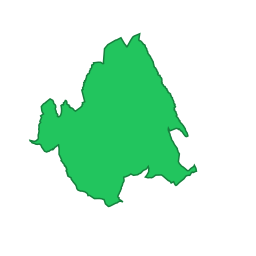 the district of General Felipe Ángeles, Puebla, Mexico, rotated 130°
{"feature_id": "50627088B91535396916577", "entity_name": "General Felipe Ángeles", "entity_type": "district", "adm_level": 2, "iso_a3": "MEX", "parent_name": "Mexico", "parent_adm1": "Puebla", "projection": "albers", "projection_center": [-97.667, 19.028], "detail": "fine", "context": "isolated", "style": "filled", "palette": "green", "viewbox_px": 256, "rotation_deg": 130, "n_neighbors": 0, "source": "geoboundaries", "source_scale": "gbopen_adm2", "svg_char_len": 5828}
<svg xmlns="http://www.w3.org/2000/svg" viewBox="0 0 256 256"><g transform="rotate(130 128 128)"><path d="M117.1,47.8L115.2,50.1L113.9,53.2L114.5,53.0L115.6,53.0L118.8,53.9L121.4,54.0L122.3,54.7L122.5,55.3L122.4,58.6L122.5,61.2L122.8,62.6L122.5,63.9L122.3,65.6L121.4,67.8L114.8,72.0L114.1,74.3L113.3,75.3L112.9,76.3L112.3,76.7L111.9,77.5L111.0,81.2L110.4,82.9L109.7,84.2L108.9,87.2L108.1,88.1L106.6,90.9L106.1,91.4L105.2,92.8L105.0,93.6L104.2,95.0L103.6,95.9L102.9,96.5L102.2,96.9L103.3,94.1L97.7,91.1L96.9,90.4L96.5,89.0L96.6,88.6L95.9,88.6L95.7,88.3L96.2,86.3L96.2,85.1L95.9,84.8L96.9,81.2L97.4,78.7L97.2,78.0L96.8,77.5L95.6,77.0L94.7,78.2L93.7,79.8L93.7,80.1L92.9,82.3L91.8,83.7L91.5,84.9L91.2,85.2L91.1,86.2L90.7,86.9L90.5,88.3L90.3,88.9L90.1,91.3L89.6,92.6L89.2,92.9L89.5,93.3L89.2,93.5L88.1,96.6L88.0,98.5L87.7,98.8L87.4,98.7L86.6,98.8L85.4,101.2L84.9,101.5L85.0,102.2L84.8,102.4L84.6,104.0L84.2,104.5L83.6,104.4L83.3,105.1L82.8,105.6L81.8,105.3L81.2,105.3L81.0,105.5L80.9,106.5L79.9,107.1L80.3,107.4L79.8,107.9L79.1,109.4L78.3,110.0L77.1,112.7L76.3,113.4L76.3,114.9L75.7,115.5L75.5,116.5L74.7,117.1L74.6,117.6L74.6,118.8L74.9,119.6L74.9,120.0L74.8,120.4L74.2,120.9L73.9,122.8L73.2,123.0L73.1,123.7L73.2,125.0L72.9,125.6L72.6,125.9L72.5,126.5L72.8,126.9L72.9,127.3L72.8,128.0L72.3,128.8L72.2,130.1L72.0,130.9L71.4,130.9L71.2,131.4L71.1,132.0L70.3,132.1L69.9,132.6L69.3,133.0L68.8,133.8L68.4,134.0L68.2,134.8L68.1,136.2L67.2,137.3L67.2,137.6L67.6,137.9L67.9,138.8L67.8,139.4L67.3,140.1L66.7,140.0L66.1,141.0L65.8,142.6L65.4,142.8L65.3,143.3L65.0,143.5L64.8,144.4L64.4,145.2L64.4,147.0L64.2,147.4L63.9,147.6L63.8,148.1L63.2,148.6L62.6,149.6L62.1,150.1L61.1,151.4L61.2,151.6L60.6,152.6L60.5,152.9L60.6,153.1L60.1,153.9L59.7,154.9L59.6,155.6L58.9,156.7L58.6,157.9L58.6,158.7L58.3,159.1L58.1,160.8L57.2,161.6L57.0,162.1L56.7,162.3L56.5,163.3L55.2,164.8L54.9,166.6L53.9,167.8L53.5,168.8L54.0,169.7L54.0,170.0L53.6,170.8L53.8,171.0L53.3,172.6L53.3,173.4L53.2,174.0L53.3,174.5L53.8,175.2L53.5,175.5L53.7,176.3L48.3,179.6L53.7,182.4L55.3,182.8L59.2,182.3L66.4,180.9L66.7,181.4L66.1,182.6L65.8,184.7L64.3,188.9L64.3,189.2L64.0,189.7L63.4,191.4L67.7,193.2L68.6,193.9L69.9,194.4L77.1,197.0L82.3,197.0L93.1,189.3L94.3,188.2L94.8,188.5L95.0,189.0L95.2,191.1L96.7,193.0L100.2,196.3L100.8,195.6L101.7,195.4L103.0,196.2L103.7,195.8L104.4,195.0L105.4,194.6L106.4,194.5L107.1,194.8L107.4,194.2L108.0,194.0L108.9,194.1L109.3,194.0L109.7,193.5L111.0,192.9L111.3,192.9L112.4,193.5L113.4,193.2L114.4,193.4L116.2,192.2L116.8,192.1L118.6,191.2L119.6,191.6L120.4,190.6L121.5,191.2L122.8,189.8L123.6,189.8L124.1,189.0L124.7,188.9L125.2,188.7L126.2,188.7L126.9,188.0L127.3,187.3L127.5,187.2L128.6,187.8L135.7,178.0L138.0,179.2L139.0,177.9L139.6,178.1L140.6,177.4L142.9,177.6L148.9,179.1L149.0,181.0L148.6,182.4L148.8,182.9L148.7,183.1L148.8,184.0L149.4,184.7L149.2,185.4L149.7,186.0L149.4,186.6L148.8,186.8L148.9,187.5L148.4,187.9L148.9,189.4L148.8,189.5L148.9,190.5L147.8,191.1L147.0,192.2L146.9,193.3L147.2,193.7L149.1,193.2L150.1,193.6L150.4,193.5L151.0,192.7L151.8,192.4L152.4,193.3L153.1,193.6L154.0,193.7L154.3,193.1L156.0,191.3L157.2,190.2L159.0,188.9L161.3,187.9L162.3,187.8L163.2,187.8L164.3,188.6L164.3,189.8L163.3,190.0L162.9,190.6L162.7,191.1L162.7,192.4L161.3,193.9L160.6,195.4L159.5,196.5L158.6,196.6L157.5,197.7L157.0,198.8L157.0,200.6L155.8,202.0L155.2,203.4L155.8,206.4L161.2,207.5L161.3,207.3L163.9,208.2L167.3,208.2L170.0,205.3L170.8,204.1L171.5,201.8L174.9,202.7L175.5,201.0L179.5,199.8L179.7,198.6L182.2,198.4L183.2,198.0L184.6,196.6L186.4,195.5L187.4,194.2L189.5,193.0L190.9,192.4L192.0,191.5L193.4,190.1L194.4,189.8L197.0,190.2L197.6,190.6L198.5,191.2L200.5,195.1L200.8,194.6L200.6,193.2L201.0,192.1L200.5,190.7L200.1,190.1L199.6,188.1L198.6,186.7L197.9,186.2L197.2,185.4L197.0,183.8L198.1,181.8L199.4,177.0L198.7,174.9L198.2,174.6L197.4,174.5L196.8,173.6L194.9,173.2L193.8,172.7L193.5,172.1L192.9,171.7L192.7,172.3L192.2,172.3L191.7,171.5L189.8,171.6L188.7,171.2L187.5,171.0L186.3,170.5L185.0,170.7L185.7,170.3L187.9,167.7L192.5,163.9L194.9,158.7L195.3,158.4L195.9,158.4L196.1,158.2L196.0,157.2L196.6,155.5L196.8,153.6L197.7,152.6L197.8,152.3L197.8,152.0L197.5,152.0L197.4,151.6L197.5,151.1L198.0,150.4L197.9,149.9L198.4,149.6L198.6,148.9L199.1,148.7L199.3,147.9L200.6,147.9L200.8,147.5L201.0,146.4L201.3,145.9L201.5,145.9L201.6,145.3L202.1,145.3L202.4,144.8L202.3,144.3L202.5,144.1L202.9,143.9L202.8,143.6L203.4,143.2L203.5,142.9L203.3,142.5L203.2,141.4L202.9,140.7L202.7,139.6L203.6,138.8L203.5,138.3L203.8,137.9L204.0,137.5L204.0,137.0L204.7,134.6L204.8,133.4L205.0,132.9L205.1,131.8L205.7,130.4L206.6,129.1L207.0,128.7L207.5,127.6L207.7,126.4L207.3,125.2L206.8,123.8L205.7,122.5L205.1,121.0L204.8,120.7L204.5,119.3L204.3,117.0L205.5,115.2L204.7,114.5L204.3,113.9L203.7,108.4L200.3,104.5L199.0,102.4L198.5,100.7L198.2,100.3L200.6,96.5L200.7,92.7L200.5,92.3L199.2,91.5L193.5,89.1L192.3,88.2L190.3,87.8L188.9,86.7L188.3,85.6L188.3,85.2L187.7,84.4L187.9,85.0L188.0,87.2L188.3,88.4L188.1,89.6L187.3,89.9L187.4,91.1L187.1,91.7L185.6,92.4L184.1,92.6L182.5,93.2L181.0,93.4L180.4,93.8L178.6,94.2L178.1,94.8L177.3,95.2L176.1,95.3L174.7,95.9L174.1,96.4L171.7,96.8L170.5,97.5L169.4,98.8L168.3,99.6L166.9,98.5L163.8,96.9L161.4,96.3L160.7,93.4L157.5,90.5L156.1,90.2L154.5,89.3L150.6,89.0L148.2,87.8L146.7,87.5L144.5,87.8L145.7,85.9L146.8,85.3L147.9,84.2L148.7,84.0L149.3,83.7L149.9,83.7L151.6,83.3L153.2,83.2L154.4,83.2L153.3,80.7L151.9,79.4L151.0,78.0L149.7,77.3L146.3,76.5L142.4,72.1L142.3,69.9L142.4,63.1L142.1,62.6L141.9,62.0L142.0,60.7L142.4,59.6L139.8,58.5L140.8,56.5L141.4,54.6L141.7,54.6L140.3,54.0L136.9,53.7L131.0,52.5L128.0,52.7L126.8,52.4L125.3,51.2L124.6,50.3L124.1,50.2L121.5,50.7L120.8,50.5L120.4,50.4L120.2,49.9L120.3,49.5L118.9,48.8L118.1,48.5L117.1,47.8Z" fill="#22c55e" stroke="#15803d" stroke-width="1.5"/></g></svg>